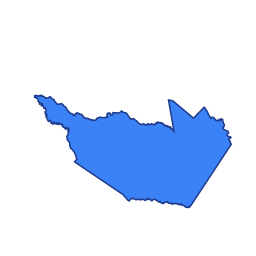 outline of Serenje, Central, Zambia, rotated 304°
{"feature_id": "96606910B77122166525946", "entity_name": "Serenje", "entity_type": "district", "adm_level": 2, "iso_a3": "ZMB", "parent_name": "Zambia", "parent_adm1": "Central", "projection": "equal_earth", "projection_center": [30.192, -13.189], "detail": "fine", "context": "isolated", "style": "filled", "palette": "blue", "viewbox_px": 256, "rotation_deg": 304, "n_neighbors": 0, "source": "geoboundaries", "source_scale": "gbopen_adm2", "svg_char_len": 5681}
<svg xmlns="http://www.w3.org/2000/svg" viewBox="0 0 256 256"><g transform="rotate(304 128 128)"><path d="M70.0,102.7L70.0,160.9L68.1,168.0L68.1,169.7L70.9,170.1L71.4,170.7L72.4,170.9L72.2,172.0L72.8,173.2L73.0,174.9L73.7,175.1L74.2,175.9L74.5,176.0L75.1,178.0L75.9,178.4L76.1,179.3L77.6,180.7L77.5,182.3L77.7,183.1L80.1,183.2L79.9,184.1L80.3,184.5L80.3,185.0L80.9,185.0L81.1,186.9L80.7,187.9L81.5,188.8L82.5,188.7L83.7,189.7L83.8,191.1L84.1,191.5L84.0,192.2L84.2,192.5L83.8,193.7L84.0,194.3L83.9,194.9L84.3,195.0L84.2,195.5L84.8,195.9L84.4,196.8L84.5,197.6L85.0,198.2L84.9,198.8L85.2,198.7L85.3,199.2L85.7,199.4L85.6,199.8L86.8,199.8L87.7,201.0L88.3,201.3L88.6,202.0L88.9,202.0L88.8,202.7L88.4,202.8L88.5,203.6L88.7,204.5L89.6,205.1L89.3,205.5L89.7,207.3L90.0,207.0L91.2,208.4L91.4,209.1L91.9,209.4L91.9,209.8L92.6,210.4L92.7,210.7L92.4,211.2L92.8,211.9L93.0,212.7L92.9,213.1L93.6,213.7L93.5,214.1L94.6,214.1L94.9,214.4L94.5,215.9L94.1,216.4L94.7,216.6L95.1,217.7L94.6,220.0L94.8,220.7L95.6,221.5L95.9,222.5L96.7,222.2L96.8,222.5L96.7,223.2L99.3,223.5L172.5,222.7L172.5,221.9L172.7,221.3L174.0,220.4L174.4,219.0L175.3,217.4L175.9,217.5L176.9,218.6L177.8,218.6L177.9,217.9L177.1,215.4L177.5,213.8L177.9,213.6L180.0,214.1L180.5,213.9L180.9,213.3L181.2,212.1L180.8,211.0L180.5,208.8L180.6,207.5L181.0,206.8L181.3,206.5L182.6,206.8L183.9,206.5L184.4,206.1L186.6,202.8L187.8,201.9L187.6,201.6L187.3,201.7L187.2,201.4L187.5,201.1L187.5,200.8L187.9,200.6L187.8,200.3L187.3,200.5L187.1,199.9L186.7,199.5L186.2,199.9L186.1,199.2L185.6,199.7L185.6,199.1L185.4,199.1L185.2,198.6L184.6,198.4L184.3,197.9L184.1,198.1L183.8,197.6L183.8,196.3L183.5,196.3L183.5,195.8L184.0,195.1L184.5,193.5L184.3,192.1L183.6,191.3L183.1,191.6L182.3,191.3L184.1,187.5L185.6,185.2L187.6,180.7L187.8,179.5L172.8,176.8L175.6,150.0L173.9,145.9L151.0,167.9L151.2,167.2L151.0,166.9L151.2,166.2L151.5,165.5L152.0,165.4L151.4,164.7L151.3,164.0L151.7,164.0L152.0,163.6L152.0,163.0L152.3,163.0L152.7,162.6L152.3,162.2L151.9,162.2L151.7,161.7L152.0,159.8L151.8,159.6L151.3,160.0L151.5,158.3L150.9,157.9L150.7,158.1L150.5,157.7L150.6,156.9L150.4,156.9L150.4,156.5L150.6,156.0L151.2,155.9L150.9,154.2L151.3,153.6L151.0,153.2L150.6,153.2L150.7,152.2L150.3,152.0L150.3,151.6L149.7,150.5L149.8,149.8L149.3,149.6L148.9,149.9L148.7,149.6L148.9,149.3L148.6,149.3L148.6,148.9L148.3,148.7L148.1,149.0L147.6,148.4L147.4,148.7L146.7,148.6L146.3,148.8L145.7,148.5L145.7,147.8L145.3,147.1L145.4,146.8L144.9,146.7L144.5,144.9L144.1,145.0L143.4,144.6L142.5,142.1L141.8,142.8L141.1,142.2L140.7,140.9L140.3,140.9L140.3,138.9L139.8,138.1L139.0,137.9L138.5,137.3L137.9,135.0L138.1,134.7L137.8,133.8L138.7,131.9L138.7,128.5L139.0,127.7L136.9,125.1L139.5,118.3L138.4,115.4L138.3,114.0L138.6,113.2L135.6,112.4L132.4,107.1L130.9,107.0L130.2,107.8L129.0,106.8L130.3,104.4L129.3,103.3L128.4,102.7L127.6,102.8L126.9,103.8L125.7,103.9L125.3,104.7L125.0,104.1L124.1,103.2L123.4,103.0L123.0,102.0L122.2,101.0L121.7,99.3L121.0,98.4L119.4,97.2L118.7,97.2L118.3,96.7L117.3,96.8L117.1,97.1L116.3,96.8L115.9,96.5L115.9,96.0L115.5,95.7L115.4,95.2L115.1,95.2L114.9,94.5L114.8,94.8L114.5,94.5L114.8,94.3L114.5,93.1L113.7,92.0L113.9,91.8L113.6,91.0L113.7,90.5L113.4,90.1L113.5,89.2L113.1,88.9L113.0,88.3L112.5,88.1L112.5,87.1L112.0,86.2L112.4,85.2L112.2,84.7L112.4,83.8L112.9,83.7L113.3,82.3L113.0,81.0L112.5,80.1L112.6,79.2L112.2,79.1L112.3,77.9L112.1,77.4L111.8,77.4L111.4,76.9L111.0,76.9L110.9,76.5L109.3,76.8L108.8,77.3L108.6,77.1L108.6,76.5L108.2,76.3L108.0,75.8L108.6,75.4L108.7,74.2L107.9,71.5L108.4,70.7L108.1,70.3L108.6,69.5L109.1,66.8L109.3,66.7L110.3,65.4L110.5,63.2L110.2,62.8L110.9,61.5L110.8,60.3L111.2,59.5L110.4,58.5L109.6,58.2L109.0,56.9L108.2,56.2L108.2,55.0L108.8,54.3L108.9,53.5L108.7,53.2L109.0,52.8L109.2,51.8L110.0,51.3L110.1,50.6L109.7,48.8L110.2,47.7L110.1,47.0L110.4,46.7L110.3,46.0L109.7,45.4L108.0,44.9L107.8,44.2L107.4,43.9L107.2,43.4L106.9,43.1L107.0,42.8L106.6,42.6L106.6,41.9L107.1,40.7L106.9,40.0L106.6,39.7L106.6,39.3L106.3,39.2L106.8,38.5L106.8,38.2L106.3,37.4L105.9,37.3L105.9,37.1L105.6,36.7L105.5,37.0L105.3,36.4L103.9,35.6L104.0,34.7L103.6,34.2L103.8,33.5L102.8,33.0L102.3,32.5L102.1,32.6L101.7,33.5L101.3,33.5L101.4,34.5L101.8,34.9L101.5,35.7L101.8,36.8L101.0,37.9L100.6,38.1L100.5,38.4L99.9,38.6L100.0,39.1L99.7,39.4L100.1,40.2L99.8,40.8L98.9,40.8L98.3,41.3L99.3,42.5L100.1,42.9L100.2,43.1L99.8,43.8L99.3,43.5L99.3,43.0L98.9,42.9L98.0,43.8L98.5,44.4L98.8,45.6L98.2,46.9L97.9,46.8L97.9,47.2L97.4,47.3L98.1,48.5L97.6,49.1L97.5,49.7L96.7,50.4L95.8,50.6L95.4,50.3L94.9,51.2L94.7,51.2L94.5,50.7L93.6,51.3L93.3,51.9L93.7,52.6L93.6,53.3L93.4,53.3L93.2,53.7L92.8,53.5L92.6,53.8L92.0,53.3L91.8,54.0L91.1,54.3L90.5,56.0L89.9,56.5L89.6,57.5L89.4,57.5L89.4,57.8L89.0,58.2L89.1,58.6L89.6,59.0L90.2,58.9L90.1,59.2L90.6,60.0L90.0,61.3L89.3,61.1L89.0,61.3L89.4,62.2L89.2,62.3L89.2,63.3L89.6,63.9L89.9,64.1L90.9,63.0L91.5,63.6L90.9,64.4L91.0,65.3L91.1,65.2L91.1,65.6L92.0,66.3L92.3,66.0L93.1,67.0L91.8,66.6L91.5,67.1L92.1,67.7L92.3,69.0L92.9,69.1L93.3,69.9L93.7,69.9L93.8,70.3L94.1,70.3L94.3,70.7L93.9,70.8L94.0,71.7L93.7,71.6L93.0,72.3L93.4,72.5L93.5,73.0L93.0,73.0L92.6,73.8L92.6,74.8L92.9,75.7L93.0,75.5L93.3,75.9L93.3,76.4L92.8,76.6L92.8,76.4L92.4,76.1L92.1,76.6L93.1,77.7L93.7,77.5L94.1,78.2L94.6,78.1L94.7,78.5L94.5,79.2L93.5,79.0L93.6,79.3L93.3,79.6L92.8,79.4L92.6,79.7L92.7,80.2L92.3,80.1L92.0,80.6L91.6,80.4L91.6,80.6L91.3,80.6L91.1,81.0L91.0,80.9L89.9,81.7L86.5,82.1L85.5,83.5L84.6,83.9L83.8,85.6L83.4,87.6L82.2,88.7L80.8,89.5L79.3,91.6L78.9,94.1L78.6,95.2L78.3,95.5L78.3,96.0L77.1,98.5L75.9,100.0L75.5,101.0L74.5,101.6L74.0,102.4L73.0,103.1L71.2,102.7L70.0,102.7Z" fill="#3b82f6" stroke="#1e3a8a" stroke-width="1.5"/></g></svg>